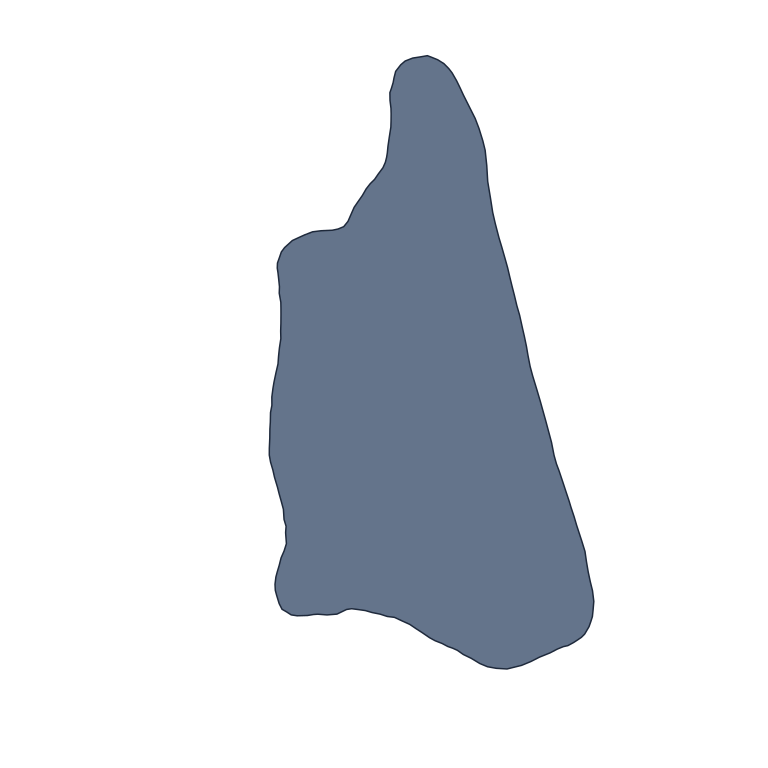 outline of Mulaku, Maldives, rotated 165°
{"feature_id": "70690204B6879359618468", "entity_name": "Mulaku", "entity_type": "district", "adm_level": 2, "iso_a3": "MDV", "parent_name": "Maldives", "parent_adm1": "", "projection": "equal_earth", "projection_center": [73.487, 2.962], "detail": "fine", "context": "isolated", "style": "filled", "palette": "slate", "viewbox_px": 768, "rotation_deg": 165, "n_neighbors": 0, "source": "geoboundaries", "source_scale": "gbopen_adm2", "svg_char_len": 2482}
<svg xmlns="http://www.w3.org/2000/svg" viewBox="0 0 768 768"><g transform="rotate(165 384 384)"><path d="M271.9,691.4L280.0,690.5L285.2,688.0L291.8,683.0L295.1,677.1L297.2,672.7L300.3,667.7L302.9,663.9L304.8,656.4L305.9,648.5L307.2,643.1L309.1,636.3L310.9,630.3L313.4,624.7L315.2,620.6L318.6,612.7L321.0,606.3L322.8,602.3L325.3,597.8L329.0,593.2L335.1,588.4L340.1,584.1L345.4,581.1L350.7,577.1L356.1,571.7L362.3,566.5L367.1,562.4L371.2,557.3L376.7,550.4L382.2,546.4L388.3,545.6L394.1,545.9L405.0,548.3L413.6,549.5L421.9,548.6L428.0,547.6L435.4,546.3L444.7,541.5L449.0,538.1L452.5,532.9L455.6,528.4L457.1,523.6L457.6,519.0L458.7,511.8L459.8,505.0L461.7,498.8L462.5,489.6L463.9,484.0L465.4,478.3L467.9,469.2L470.1,461.9L471.9,454.5L475.6,446.1L478.6,438.3L481.2,430.8L485.4,422.9L489.8,414.2L492.4,408.5L495.7,400.5L497.8,392.4L501.0,385.8L503.7,376.5L505.9,369.9L508.3,361.4L511.4,351.6L513.2,345.0L513.8,337.9L513.6,329.8L513.9,322.2L513.6,311.6L513.7,305.3L513.6,297.0L513.6,289.0L515.6,279.0L515.4,271.9L517.4,266.2L517.6,265.4L519.6,255.0L523.7,248.6L528.4,242.7L532.3,235.7L535.7,230.2L538.4,225.5L541.1,218.8L542.4,212.8L542.4,207.8L542.1,199.0L540.8,192.8L537.0,189.0L533.4,185.0L527.9,182.6L517.8,180.2L511.7,179.6L507.6,178.8L498.8,175.7L489.0,173.9L478.5,175.9L473.4,175.3L467.5,172.9L460.7,170.0L454.6,166.3L447.3,162.7L441.0,158.6L434.3,155.9L427.9,150.5L421.3,145.1L416.4,139.4L411.6,134.1L405.6,127.1L401.1,122.8L395.0,118.3L390.4,114.0L386.0,111.0L382.1,107.8L377.4,102.2L370.8,96.5L363.8,89.2L357.2,84.1L349.1,80.3L338.9,76.9L324.0,76.6L314.0,77.9L304.6,79.9L293.2,81.3L285.1,83.1L278.7,83.9L274.1,83.7L267.8,85.2L263.2,86.7L258.9,88.2L254.9,90.5L248.8,96.5L245.7,101.0L242.9,105.4L240.6,111.4L237.6,119.7L236.1,130.3L235.9,139.8L235.4,149.5L234.4,160.2L233.2,170.2L233.6,181.0L233.9,186.5L234.5,197.7L234.7,206.5L235.3,216.6L235.5,223.2L236.1,233.1L236.6,242.3L237.4,255.1L238.1,262.2L238.2,271.1L237.3,284.3L237.3,297.9L237.3,306.8L237.4,316.1L237.5,326.8L237.8,338.4L238.3,353.5L238.3,363.2L237.5,374.8L236.7,383.1L236.1,393.6L235.8,401.8L235.2,415.4L235.4,425.4L235.1,436.0L235.0,445.3L234.8,454.9L234.5,464.3L234.6,473.6L234.8,485.8L235.1,495.4L235.0,510.3L234.6,521.5L233.0,536.4L231.4,552.8L228.2,568.4L225.8,583.6L225.6,593.2L226.1,606.2L227.2,616.9L230.0,630.4L232.5,642.5L233.8,650.0L235.4,658.2L237.7,666.9L239.8,671.9L243.2,677.9L248.2,683.3L253.5,687.3L257.1,689.9L264.6,690.6L271.9,691.4Z" fill="#64748b" stroke="#1e293b" stroke-width="1.5"/></g></svg>